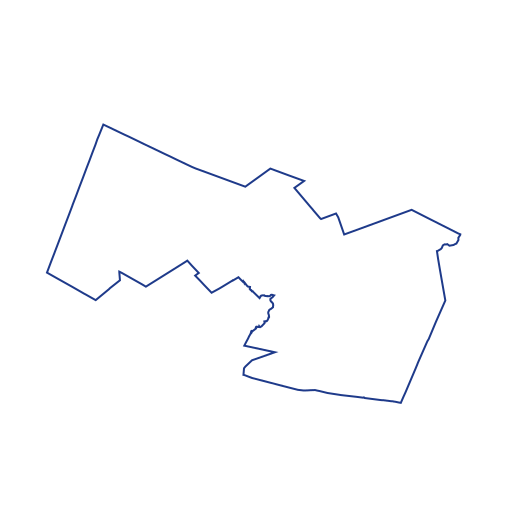 outline of Sabinas, Coahuila, Mexico, rotated 297°
{"feature_id": "50627088B51623896111696", "entity_name": "Sabinas", "entity_type": "district", "adm_level": 2, "iso_a3": "MEX", "parent_name": "Mexico", "parent_adm1": "Coahuila", "projection": "equal_earth", "projection_center": [-101.198, 27.94], "detail": "fine", "context": "isolated", "style": "outline", "palette": "blue", "viewbox_px": 512, "rotation_deg": 297, "n_neighbors": 0, "source": "geoboundaries", "source_scale": "gbopen_adm2", "svg_char_len": 4365}
<svg xmlns="http://www.w3.org/2000/svg" viewBox="0 0 512 512"><g transform="rotate(297 256 256)"><path d="M302.3,444.9L320.5,431.2L328.1,425.5L335.9,419.7L342.5,415.0L342.9,415.5L346.0,417.5L347.5,417.9L350.0,417.7L350.8,417.9L352.1,418.9L352.5,420.1L353.4,421.0L353.2,422.4L353.0,423.7L355.5,427.0L357.3,428.2L358.0,428.9L362.2,429.1L363.8,428.2L364.2,428.0L364.7,428.1L367.5,428.4L368.1,428.2L367.9,426.0L367.8,390.6L367.8,373.7L315.2,324.8L327.8,311.7L330.2,308.0L318.5,297.2L318.7,296.1L318.9,295.6L321.8,288.6L322.7,286.4L323.2,285.4L324.6,281.9L334.1,259.3L334.9,259.7L344.7,264.8L342.7,248.6L340.4,229.1L327.7,222.6L317.8,217.5L312.9,215.0L310.7,196.7L309.4,185.8L308.0,174.1L306.6,162.7L306.3,158.7L306.1,152.1L305.8,140.7L305.7,134.6L305.5,128.9L304.9,105.4L304.8,98.4L304.6,88.5L304.4,83.8L304.2,75.9L303.8,60.3L292.4,61.3L288.1,61.6L282.4,62.4L273.9,63.3L265.2,64.3L257.4,65.1L246.9,66.3L237.4,67.3L227.8,68.4L218.0,69.4L217.7,69.5L207.9,70.6L197.6,71.7L186.8,72.9L174.0,74.3L168.3,74.9L167.6,75.0L157.0,76.1L146.3,77.3L145.8,88.6L145.1,106.3L144.6,116.4L144.4,119.9L144.4,121.6L143.9,133.2L160.0,140.2L160.6,140.3L161.1,140.5L172.6,145.8L179.6,141.5L180.0,141.3L180.0,144.4L179.0,167.6L178.7,171.8L196.7,182.6L206.7,188.6L219.1,196.0L220.7,196.9L218.2,203.4L214.9,212.7L212.9,211.7L210.9,210.7L208.6,217.5L206.7,222.7L203.1,233.1L207.2,235.9L210.1,237.9L213.1,239.8L223.3,246.1L223.7,246.3L223.6,246.5L229.1,250.0L228.1,252.9L227.1,256.1L227.8,256.1L226.8,257.9L226.7,258.0L226.9,258.0L227.1,258.0L225.5,261.3L225.4,261.5L225.1,262.6L225.1,262.8L225.2,263.0L225.3,263.4L225.7,264.7L225.1,264.9L224.9,265.0L224.5,265.1L224.4,265.2L224.2,265.2L223.8,265.4L223.8,265.5L223.3,266.5L223.4,266.8L223.2,266.9L223.2,267.8L223.2,268.0L222.9,268.3L222.7,268.4L222.8,268.8L223.0,269.1L222.9,269.2L222.9,269.3L220.1,278.3L221.8,278.4L222.2,278.3L222.3,278.3L222.5,278.4L222.6,278.5L222.8,278.5L223.0,278.6L223.1,278.8L223.3,278.9L223.9,279.7L224.1,280.0L224.2,280.3L224.3,280.5L224.4,280.8L224.5,280.9L224.5,281.0L224.7,281.3L224.6,281.5L224.6,281.8L224.5,282.0L224.6,282.4L225.0,283.4L225.0,283.5L225.1,283.8L225.2,284.0L225.3,284.2L225.3,284.3L225.5,284.4L225.5,284.5L225.6,284.8L225.8,285.1L225.8,285.3L225.9,285.5L226.0,285.6L226.3,286.2L226.6,286.5L226.9,286.6L227.0,286.7L227.3,286.8L227.5,286.8L228.0,286.9L228.4,287.2L228.6,288.0L228.9,288.4L228.9,289.2L229.1,290.0L228.7,289.9L226.6,289.4L225.6,288.8L224.9,288.6L224.5,288.3L224.1,288.4L223.6,288.6L223.1,288.9L222.4,289.8L222.3,290.4L222.0,290.8L222.0,291.4L221.8,291.8L221.7,291.9L221.7,292.0L221.5,292.3L221.4,292.4L221.4,292.5L221.2,292.7L221.2,292.8L220.1,293.6L219.9,293.7L219.7,293.8L219.4,293.9L219.2,293.9L218.5,294.2L218.1,294.4L217.8,294.3L217.6,294.2L217.3,294.1L217.1,294.0L216.9,293.9L216.5,293.7L215.9,293.5L215.8,293.4L215.7,293.3L215.5,293.2L215.4,293.1L215.2,293.0L215.1,292.9L213.9,292.3L212.1,292.4L211.5,292.4L210.6,292.9L210.3,293.1L209.4,294.1L208.2,295.0L207.8,295.2L207.5,295.4L207.3,295.4L207.2,295.2L206.9,295.0L206.3,295.3L205.1,295.4L204.0,295.4L203.4,295.3L203.0,295.1L202.4,294.3L202.1,293.9L202.0,294.3L201.9,294.2L201.4,293.2L200.2,294.1L199.6,294.0L196.4,293.0L196.1,293.0L194.4,291.9L194.4,291.5L194.9,290.6L194.0,290.7L193.5,289.8L193.5,288.9L193.0,288.3L191.7,288.4L191.4,288.9L190.7,288.6L187.6,287.1L187.3,286.1L186.9,285.9L186.0,286.1L186.1,286.4L186.1,286.8L185.5,286.8L185.6,286.4L184.4,286.4L182.6,286.4L181.3,286.3L179.1,286.4L178.7,286.4L174.6,286.3L174.3,286.3L172.2,286.3L171.1,286.3L170.8,286.3L178.8,316.5L161.3,299.8L152.6,296.7L150.5,296.3L144.4,298.8L144.6,299.4L145.5,307.8L149.4,325.4L152.6,340.0L153.0,341.7L153.5,344.0L155.8,354.2L156.0,354.7L156.6,356.3L157.2,357.9L157.3,358.2L157.8,359.5L158.0,359.9L158.7,361.2L159.7,363.0L161.0,365.2L162.5,367.9L163.4,369.6L163.9,371.7L164.5,373.8L166.4,381.9L170.4,394.0L170.6,394.7L176.3,409.9L178.4,415.8L178.7,416.1L179.0,416.3L178.8,417.3L184.5,433.2L185.3,434.9L185.4,435.1L185.7,436.0L186.0,436.8L186.2,437.3L186.3,437.7L186.7,438.8L187.0,439.5L187.2,440.2L187.5,441.0L187.8,441.9L188.1,442.7L188.3,443.0L188.5,443.5L188.8,444.4L188.8,444.7L189.0,445.2L189.2,445.7L189.4,446.4L189.5,446.7L190.2,449.4L190.9,451.7L197.5,451.3L202.2,451.1L228.0,449.3L230.4,449.1L231.9,449.0L233.7,448.8L234.9,448.7L257.8,447.4L260.4,447.6L278.9,446.2L302.3,444.9Z" fill="none" stroke="#1e3a8a" stroke-width="2"/></g></svg>